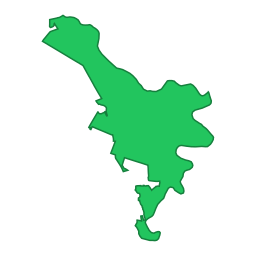 Horia, Neamt, Romania
{"feature_id": "2599482B76936506644136", "entity_name": "Horia", "entity_type": "district", "adm_level": 2, "iso_a3": "ROU", "parent_name": "Romania", "parent_adm1": "Neamt", "projection": "albers", "projection_center": [26.909, 46.892], "detail": "fine", "context": "isolated", "style": "filled", "palette": "green", "viewbox_px": 256, "rotation_deg": 0, "n_neighbors": 0, "source": "geoboundaries", "source_scale": "gbopen_adm2", "svg_char_len": 5786}
<svg xmlns="http://www.w3.org/2000/svg" viewBox="0 0 256 256"><path d="M211.2,134.4L207.3,129.8L205.9,128.4L202.8,126.1L201.5,124.4L199.6,123.4L195.0,120.4L193.1,118.6L191.9,114.8L192.5,112.1L195.1,110.1L197.2,109.5L202.2,108.1L209.3,105.0L210.3,104.1L210.9,103.4L211.2,102.1L211.3,100.8L210.6,98.8L209.8,96.2L209.6,95.8L209.5,95.2L208.9,93.0L208.5,92.1L208.3,91.9L208.2,92.2L204.3,95.3L202.2,95.9L200.6,95.1L199.4,93.9L195.7,88.2L193.2,85.5L191.6,84.5L190.6,84.0L181.2,85.9L179.2,85.2L175.9,82.8L174.3,81.2L171.8,80.6L169.2,80.6L167.4,80.9L161.5,89.1L156.2,91.5L152.6,91.4L150.2,90.8L147.3,91.1L143.5,89.2L141.2,85.6L138.6,83.2L136.2,79.3L132.8,75.7L129.8,73.3L126.8,71.7L122.7,69.6L119.8,68.8L116.6,68.1L108.5,60.8L101.9,54.2L99.0,50.1L97.4,46.1L98.9,38.5L99.1,33.6L98.9,32.7L98.6,32.0L98.4,31.4L97.9,30.8L97.4,30.2L96.7,29.5L95.3,28.4L94.1,27.7L93.7,27.5L92.8,26.8L91.6,25.6L89.8,24.7L87.7,25.0L85.2,25.1L82.8,24.9L80.9,24.2L80.1,23.4L79.5,22.1L78.2,20.0L76.3,18.7L74.3,17.7L73.7,17.5L70.5,17.0L69.8,17.0L69.3,17.0L68.5,17.2L67.7,17.3L66.5,17.3L65.7,17.1L64.8,16.7L64.5,16.5L63.6,15.7L63.0,15.4L62.9,15.4L61.7,16.2L60.1,17.1L59.3,17.5L57.9,17.7L56.7,18.1L49.7,19.6L49.7,24.1L49.6,26.4L49.7,26.6L50.1,27.2L50.6,27.5L51.2,27.3L52.7,26.7L53.3,26.3L53.8,25.8L53.9,25.7L54.0,25.1L54.1,24.1L54.3,23.5L54.4,23.4L55.4,25.2L56.3,26.4L57.9,28.9L50.7,31.5L50.3,31.7L50.0,31.9L49.7,32.3L48.9,33.2L43.6,39.6L43.2,40.2L42.5,41.3L60.8,52.2L70.9,58.3L83.0,65.5L87.5,73.7L88.0,74.5L88.6,75.7L90.0,78.0L90.1,78.3L93.5,84.4L94.2,85.8L98.9,93.9L100.2,96.0L100.4,96.4L101.2,97.7L101.7,98.6L96.7,100.6L96.0,100.9L96.1,101.1L96.8,102.2L97.2,102.6L98.6,104.3L98.8,104.3L99.5,104.2L100.0,104.3L100.7,104.7L101.2,104.9L102.8,105.2L104.0,105.6L104.4,105.8L105.1,106.3L105.7,106.9L106.3,107.5L106.4,107.8L106.4,108.4L106.4,108.9L106.4,109.3L106.3,109.8L106.2,110.5L106.2,111.0L106.2,111.5L106.5,112.9L106.7,113.9L106.9,114.2L107.3,116.2L107.4,116.4L107.0,116.0L106.8,115.9L106.7,115.7L106.7,115.3L106.1,115.0L106.1,114.9L106.2,114.6L106.0,114.4L105.9,114.4L105.8,114.2L106.1,114.0L106.1,113.8L105.6,112.9L105.3,112.9L105.3,112.2L105.2,111.9L105.3,111.3L105.3,111.1L105.2,111.4L104.9,111.7L104.3,112.4L102.9,113.0L102.4,113.2L101.7,113.6L101.3,113.7L100.9,113.7L100.4,113.8L99.5,113.7L99.1,113.5L98.7,113.0L98.2,112.1L97.8,112.0L94.7,117.2L91.4,122.8L89.1,126.8L88.8,127.5L89.2,127.8L89.7,127.8L90.2,127.7L90.4,127.7L90.5,127.9L90.0,128.8L90.0,129.1L90.4,129.4L90.5,129.6L90.7,129.9L90.7,130.1L90.9,129.5L91.2,128.8L92.3,126.7L94.9,127.8L96.2,128.4L99.1,129.6L111.5,134.8L111.9,134.9L112.1,134.9L112.6,134.8L113.1,137.0L113.3,138.0L113.4,138.7L113.5,140.3L113.4,141.1L115.3,141.3L112.8,148.0L110.8,153.3L111.0,153.4L115.4,154.9L115.4,155.7L115.4,157.1L115.6,158.1L115.8,158.7L116.4,159.4L117.3,160.8L117.4,161.0L119.3,163.9L121.0,166.7L122.0,168.6L123.3,171.6L127.8,170.3L126.8,169.6L125.2,168.7L124.5,168.5L124.0,168.1L123.6,167.7L123.3,167.2L123.1,166.6L122.6,165.9L122.1,165.4L123.6,160.6L124.2,158.7L124.5,157.7L136.4,161.5L140.0,162.6L141.6,163.1L147.9,165.2L148.2,168.1L148.2,169.0L148.3,171.2L148.4,173.4L148.5,173.5L148.5,174.4L148.6,175.6L148.6,176.3L148.5,176.6L148.5,176.9L148.2,177.3L148.2,177.6L148.3,177.7L148.3,178.6L148.3,178.9L148.6,180.2L149.1,180.6L156.1,181.4L157.8,181.4L159.7,181.2L159.7,181.8L159.9,182.6L159.9,182.9L159.6,183.6L159.4,185.1L159.3,186.2L158.2,186.1L157.6,186.1L157.0,186.3L156.0,186.4L155.9,186.5L155.9,186.8L154.9,187.4L153.7,188.4L153.1,188.9L152.8,189.2L152.4,189.5L152.0,189.8L151.7,190.2L151.3,189.5L150.9,189.1L150.5,188.5L150.3,188.1L149.9,187.5L149.3,186.7L149.0,186.5L148.8,186.2L148.5,185.7L146.7,185.7L146.5,185.8L146.3,186.0L145.9,186.1L145.3,185.9L144.8,185.9L144.4,185.5L143.4,185.4L143.4,186.0L142.6,186.0L140.9,186.0L140.8,185.6L140.0,185.6L139.9,185.7L139.8,185.8L139.0,185.7L137.1,185.8L136.6,185.9L135.8,186.2L135.8,186.3L135.8,188.2L135.8,188.4L135.8,188.6L135.6,189.0L135.6,189.4L135.5,189.6L135.4,189.6L135.2,190.0L135.3,190.1L135.5,190.1L135.8,190.2L136.0,190.5L136.0,191.0L136.3,191.4L136.5,191.5L136.7,192.0L136.8,192.2L137.7,193.1L138.5,193.3L139.1,193.4L139.5,193.5L139.7,193.9L139.9,194.7L140.1,195.4L140.0,195.6L140.0,196.2L139.6,197.3L139.3,197.5L138.5,198.0L138.4,199.1L138.4,199.5L138.5,199.9L138.5,200.3L138.9,200.3L138.9,200.6L139.2,200.8L139.4,200.5L139.6,200.5L139.6,201.1L140.0,202.1L140.3,203.2L140.7,204.2L141.5,205.3L142.0,205.8L142.2,207.2L142.4,207.3L142.6,207.6L142.7,207.9L142.7,208.7L142.8,209.0L142.8,209.3L143.2,209.8L143.9,212.1L144.0,212.7L143.9,213.0L144.0,213.7L143.9,214.8L145.4,219.8L143.6,220.3L143.1,218.6L143.0,218.2L142.2,215.8L140.8,216.1L140.9,216.9L141.5,221.0L139.4,220.5L137.1,220.1L137.0,220.6L137.1,221.2L137.1,222.3L136.8,223.0L136.6,223.4L136.4,223.7L135.3,225.7L136.8,227.4L138.7,231.0L138.8,233.8L140.0,236.2L141.7,238.3L149.8,240.4L152.8,240.4L154.9,240.6L156.8,240.2L158.5,238.7L159.8,235.0L160.2,232.8L159.5,231.8L158.5,231.6L157.5,231.7L155.4,232.4L154.0,233.2L151.4,232.6L149.3,230.5L147.2,226.8L145.3,222.8L145.6,221.3L145.9,220.5L146.6,219.8L147.8,218.7L149.4,217.7L151.8,216.4L153.2,214.9L154.4,212.1L155.9,208.2L157.7,204.4L160.8,200.9L163.6,198.4L164.7,195.6L165.0,194.4L168.4,188.1L170.5,187.0L173.3,187.7L174.9,190.3L178.4,192.6L180.9,193.9L183.4,193.0L183.9,191.1L183.5,188.5L182.3,186.1L180.7,183.4L180.2,181.4L181.5,179.0L182.9,176.6L183.4,173.3L184.8,171.1L186.6,170.3L187.9,169.9L189.5,169.5L190.7,168.6L192.2,167.3L192.8,165.5L192.4,163.8L191.2,161.8L188.9,160.8L185.5,160.0L180.8,158.2L176.9,155.3L175.8,152.8L176.2,149.6L177.4,147.4L179.3,145.8L181.5,145.4L186.8,146.2L191.4,146.7L195.5,146.8L201.7,146.4L205.6,146.7L207.5,146.6L210.4,144.3L211.9,142.2L213.1,139.8L213.3,139.1L213.3,138.3L213.5,137.4L212.8,136.1L211.2,134.4Z" fill="#22c55e" stroke="#15803d" stroke-width="1.5"/></svg>